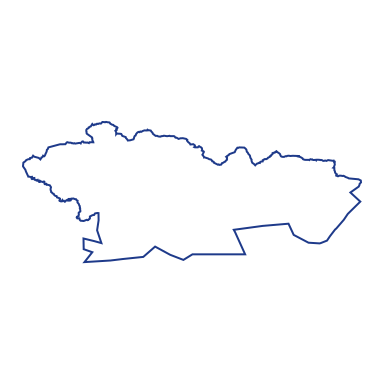 Bayantes, Dzavhan, Mongolia (Natural Earth projection)
{"feature_id": "93677404B69236363496487", "entity_name": "Bayantes", "entity_type": "district", "adm_level": 2, "iso_a3": "MNG", "parent_name": "Mongolia", "parent_adm1": "Dzavhan", "projection": "natural_earth1", "projection_center": [96.047, 49.77], "detail": "fine", "context": "isolated", "style": "outline", "palette": "blue", "viewbox_px": 384, "rotation_deg": 0, "n_neighbors": 0, "source": "geoboundaries", "source_scale": "gbopen_adm2", "svg_char_len": 5901}
<svg xmlns="http://www.w3.org/2000/svg" viewBox="0 0 384 384"><path d="M320.7,243.1L327.0,240.6L329.9,236.3L335.1,229.5L336.3,228.5L343.8,219.8L347.8,213.9L360.3,201.6L350.4,192.5L358.7,186.6L359.5,184.9L359.6,183.9L361.0,182.4L360.8,180.5L358.5,179.3L348.8,178.4L347.8,177.8L345.3,176.9L344.8,176.4L343.5,175.8L342.8,176.0L341.0,175.7L339.3,175.7L338.0,176.3L336.2,175.6L336.4,174.8L336.8,174.3L336.2,174.0L335.1,172.6L334.9,171.2L334.4,170.4L334.3,167.9L333.4,167.7L333.9,167.2L334.8,164.5L334.6,163.2L334.3,162.7L334.6,162.4L334.2,161.9L334.5,161.5L334.0,161.3L333.7,160.6L332.9,160.8L328.1,160.1L326.4,160.9L325.1,160.5L323.9,160.9L323.0,160.8L322.1,160.2L320.9,159.9L320.2,160.1L319.4,159.8L316.9,159.7L316.3,159.8L316.1,160.3L315.7,159.9L315.1,159.8L314.5,160.0L313.1,160.0L312.2,159.4L311.7,159.6L310.7,159.2L309.9,159.5L309.4,160.1L308.9,159.9L305.7,159.9L304.3,159.7L303.0,159.2L302.6,158.4L302.3,158.3L301.8,157.8L300.0,156.9L298.2,156.5L298.5,156.0L292.8,155.8L290.2,156.0L288.9,155.7L287.1,155.9L286.6,156.3L285.5,156.2L284.0,156.9L282.1,156.8L281.0,156.3L280.4,155.3L280.1,154.2L279.6,153.7L278.5,152.8L277.7,152.4L276.4,151.2L276.0,151.5L275.9,152.0L275.5,152.0L275.2,152.4L274.7,152.3L274.2,152.8L273.3,152.8L272.6,153.1L272.7,153.8L272.2,154.2L271.7,154.9L271.0,155.3L270.9,155.9L270.1,156.1L269.9,156.3L269.8,156.9L268.0,157.7L267.5,158.5L266.0,159.2L265.0,159.0L264.0,159.6L263.7,159.6L263.3,160.1L262.8,160.2L262.7,161.4L261.0,161.6L259.9,162.3L259.8,163.0L258.8,162.9L258.2,163.3L257.0,163.6L256.3,164.3L255.7,164.7L255.2,165.3L254.0,164.0L252.3,162.8L251.7,161.4L251.5,160.5L251.6,159.7L250.4,157.8L249.9,155.6L249.2,154.7L248.5,154.1L247.7,152.5L246.9,151.8L246.7,151.3L246.4,149.7L245.6,148.7L244.3,147.6L239.2,147.4L238.2,147.9L237.4,147.7L235.8,149.8L234.7,152.2L229.4,154.1L228.5,155.3L227.8,155.5L226.2,156.8L227.0,157.5L227.1,158.0L226.8,159.1L227.0,159.7L225.5,161.1L225.3,161.6L224.4,161.9L223.3,162.7L221.9,163.2L221.5,164.2L221.2,164.6L219.3,164.9L218.7,164.4L217.9,164.7L213.9,162.7L213.9,162.2L213.5,161.7L212.2,161.3L212.1,160.7L210.9,159.5L209.2,159.2L208.1,158.5L204.5,157.3L204.1,157.4L204.1,157.0L202.4,154.8L203.2,153.5L203.3,152.8L203.9,151.9L203.5,151.3L201.9,150.6L202.2,150.1L201.9,148.2L201.2,147.4L200.5,147.2L199.2,146.2L198.7,146.3L197.9,147.3L194.8,147.3L194.3,147.1L195.1,146.3L194.8,145.3L193.3,144.2L190.4,144.5L189.8,143.4L188.1,142.0L187.0,140.6L187.3,139.9L186.1,138.9L182.9,138.2L180.5,138.3L178.6,138.9L176.6,137.7L175.5,137.7L174.5,136.4L173.8,136.1L170.2,136.1L169.7,135.8L167.1,136.2L163.9,135.7L163.2,136.0L161.2,136.2L160.7,136.6L159.6,136.6L158.2,136.4L157.3,135.9L155.6,135.9L152.8,133.7L152.5,132.7L151.3,131.5L150.8,130.6L149.6,130.3L148.5,130.3L147.5,129.7L147.0,130.5L144.4,130.4L142.7,131.0L141.4,131.8L140.5,131.5L140.1,131.6L139.9,132.0L139.5,132.2L138.6,131.9L137.9,132.2L137.3,132.6L136.0,134.2L135.6,135.5L134.7,136.0L134.2,137.1L133.9,138.4L133.5,139.3L130.1,140.3L127.8,140.5L127.3,139.5L125.9,138.0L125.7,137.1L122.3,135.9L121.3,134.0L120.7,133.8L116.6,133.6L116.2,134.1L116.2,132.3L115.4,130.8L116.4,130.1L116.1,129.9L116.2,129.0L117.1,128.6L117.5,127.7L117.1,127.2L114.2,125.9L113.3,124.9L112.1,124.7L110.2,123.6L109.7,122.6L109.3,122.4L107.8,122.3L106.0,121.9L105.0,122.3L104.4,122.1L102.4,122.0L100.9,123.6L99.3,123.4L98.0,124.0L97.1,123.7L95.9,124.6L95.1,124.3L94.0,125.1L93.4,125.2L92.3,124.0L90.8,126.4L90.3,126.5L89.5,127.1L88.7,127.4L88.5,128.2L87.0,128.9L86.3,130.0L86.3,131.3L86.6,131.9L86.5,132.9L86.8,133.7L92.0,137.4L92.3,138.2L92.1,138.4L92.5,140.5L93.2,141.8L93.3,142.3L91.0,142.2L90.3,142.4L89.7,142.2L89.2,142.5L88.9,143.1L87.2,142.5L86.0,142.7L85.0,142.4L84.0,142.6L82.9,141.4L82.1,141.6L80.9,142.9L80.7,143.4L80.3,143.1L79.4,142.9L75.1,143.6L74.3,143.2L73.2,143.5L72.4,143.1L71.7,143.2L70.9,142.7L69.1,142.7L67.2,142.2L66.6,142.6L65.4,144.2L59.9,144.3L48.4,147.4L47.7,149.2L47.1,149.6L46.8,150.1L46.8,150.9L46.2,152.6L45.6,153.6L45.3,154.7L44.4,156.2L44.2,156.3L43.1,155.7L42.6,156.9L41.4,157.5L41.3,158.2L40.9,158.5L40.4,159.4L38.7,157.9L34.2,156.7L33.1,155.7L31.9,157.7L30.1,158.0L30.0,158.9L29.7,159.2L28.3,159.2L26.2,160.1L25.4,161.2L23.4,162.6L23.0,166.1L23.1,166.5L25.4,169.8L25.9,171.4L28.3,176.6L28.6,176.5L31.0,177.1L32.0,176.8L32.1,177.0L31.4,177.7L31.6,178.7L32.0,179.1L32.7,179.0L33.3,178.1L34.3,178.0L34.3,178.8L34.5,179.1L34.5,179.6L34.7,179.8L36.0,179.9L36.2,180.4L36.5,180.6L36.9,180.5L37.6,180.0L37.8,180.8L38.1,181.0L38.9,180.5L39.4,180.5L39.6,180.6L39.5,180.9L38.9,181.4L39.0,181.8L39.2,182.0L39.9,182.0L40.9,181.4L42.7,182.0L43.8,181.5L44.3,181.6L44.5,182.0L44.4,183.5L44.7,184.1L45.3,184.1L46.3,183.8L46.5,184.0L46.4,184.4L46.6,184.8L47.8,184.8L49.8,185.3L51.0,187.2L50.6,188.8L50.6,189.9L51.1,191.3L51.1,192.0L52.0,192.6L52.6,193.5L53.7,193.8L54.3,195.1L55.4,195.9L56.6,196.1L57.0,197.4L58.9,198.0L60.0,198.6L60.1,199.1L59.4,200.4L59.6,200.9L61.0,201.4L62.2,201.3L62.5,201.1L62.2,200.4L62.4,200.1L62.9,201.0L64.0,200.8L64.6,201.7L65.2,201.6L66.2,200.4L67.5,199.7L67.6,200.4L68.0,200.7L68.5,200.6L68.7,199.7L69.6,200.6L70.6,200.4L70.9,199.9L70.0,198.9L71.1,198.8L72.0,198.5L72.6,198.7L73.5,198.5L74.8,199.1L76.0,199.2L76.4,200.0L77.6,200.7L77.4,202.0L77.6,202.6L78.7,203.8L79.3,205.5L79.8,206.1L79.7,206.7L80.0,207.6L79.8,208.3L80.2,208.8L80.1,209.6L80.4,211.0L80.3,211.5L79.0,212.4L78.6,213.0L78.9,214.2L78.6,215.1L78.7,215.9L76.9,216.8L76.7,217.6L77.3,218.4L79.4,218.3L79.8,219.9L80.6,220.7L83.7,221.0L86.7,219.8L87.7,220.2L88.3,220.0L88.7,219.3L89.4,219.1L89.9,218.4L89.9,216.5L92.4,215.2L94.2,214.9L94.8,213.6L95.2,213.4L97.3,213.0L98.5,213.1L98.6,220.3L97.1,230.3L101.4,243.1L94.2,241.1L83.5,238.5L83.7,249.2L92.3,252.2L84.5,262.1L110.5,260.5L123.0,259.0L143.3,256.9L155.1,246.6L170.2,254.8L183.4,259.9L192.5,254.3L245.1,254.3L235.1,232.2L233.8,229.8L262.7,225.9L288.5,223.7L293.7,234.9L308.5,242.7L319.6,243.4L320.7,243.1Z" fill="none" stroke="#1e3a8a" stroke-width="2"/></svg>